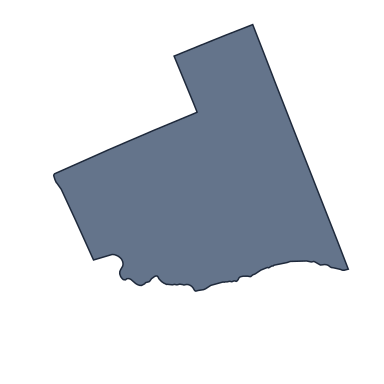 the Province of La Pampa, rotated 337°
{"feature_id": "ARG-1296", "entity_name": "La Pampa", "entity_type": "Province", "adm_level": 1, "iso_a3": "ARG", "parent_name": "Argentina", "parent_adm1": "", "projection": "albers", "projection_center": [-66.048, -37.163], "detail": "fine", "context": "isolated", "style": "filled", "palette": "slate", "viewbox_px": 384, "rotation_deg": 337, "n_neighbors": 0, "source": "natural_earth", "source_scale": "10m", "svg_char_len": 2045}
<svg xmlns="http://www.w3.org/2000/svg" viewBox="0 0 384 384"><g transform="rotate(337 192 192)"><path d="M227.5,120.6L227.9,120.5L228.1,111.2L228.6,59.9L258.5,60.3L284.8,60.8L313.3,61.6L312.8,78.1L312.4,91.7L311.5,119.1L311.4,121.2L310.7,146.5L310.3,160.2L309.9,173.9L309.2,200.2L308.5,227.5L308.4,230.2L307.6,260.1L306.7,293.7L305.7,324.1L301.5,323.5L299.8,322.7L298.5,321.3L292.4,316.9L290.8,316.0L290.0,315.0L288.8,312.9L288.2,312.2L287.5,311.6L285.8,310.6L282.6,309.7L281.6,309.3L277.7,304.2L277.0,303.5L274.7,303.1L274.0,302.7L270.6,300.3L255.3,294.3L252.0,294.1L238.8,291.4L237.9,291.8L236.4,291.3L233.0,291.8L231.8,290.9L231.4,290.9L225.0,290.8L218.0,292.1L215.5,292.0L213.4,292.7L213.0,292.8L212.1,292.4L210.3,291.2L206.2,289.5L203.7,289.0L202.5,289.1L201.4,289.6L200.7,290.3L199.7,291.0L198.6,291.5L197.7,291.5L197.4,291.2L196.9,290.8L196.4,290.4L195.6,290.2L193.7,290.2L193.2,290.0L192.4,289.3L191.9,289.0L191.3,288.8L189.3,288.5L187.7,287.8L186.4,287.6L185.4,287.0L184.9,286.9L172.9,285.3L166.6,286.4L164.5,286.4L158.9,285.0L157.6,284.9L156.4,284.5L155.9,283.5L155.5,280.6L154.9,278.8L153.8,277.1L152.3,275.7L150.6,274.9L148.4,274.5L148.0,274.3L147.1,273.5L146.8,273.3L146.4,273.1L144.7,272.0L142.4,271.7L141.3,271.3L139.9,270.2L137.7,269.8L133.0,267.2L132.4,267.1L132.2,266.9L131.4,265.8L130.7,265.2L129.0,262.6L127.8,259.4L127.6,258.7L127.6,257.4L127.4,256.4L126.9,255.6L125.9,255.2L124.8,255.1L120.8,256.0L118.6,257.4L117.5,257.8L113.8,257.3L112.6,258.0L109.0,258.3L107.2,257.4L105.6,255.9L104.3,254.1L101.6,248.6L100.2,247.1L98.3,246.4L97.8,246.4L96.5,246.9L96.0,246.7L95.2,246.2L94.9,246.1L94.4,245.6L93.9,244.4L93.5,243.1L93.3,241.9L93.5,239.1L94.5,237.0L96.1,235.5L99.3,233.1L100.4,231.4L101.0,229.1L100.9,226.4L100.2,224.4L99.1,222.4L97.6,220.7L96.2,219.4L94.1,218.3L74.8,216.1L73.8,172.2L72.7,138.4L71.1,131.1L70.8,130.4L70.7,129.4L70.7,126.9L71.1,122.9L71.8,122.0L72.8,121.5L127.4,120.6L131.1,120.5L152.8,120.4L180.0,120.3L181.8,120.3L225.6,120.6L227.5,120.6Z" fill="#64748b" stroke="#1e293b" stroke-width="1.5"/></g></svg>